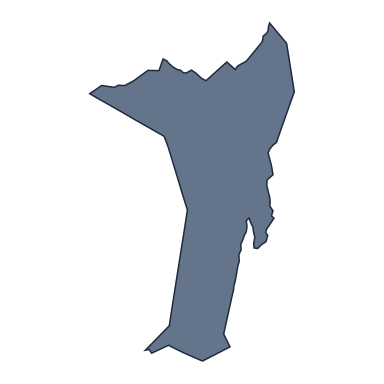 Vitória de Santo Antão, Pernambuco, Brazil (Equal Earth projection)
{"feature_id": "56859067B48091905918616", "entity_name": "Vitória de Santo Antão", "entity_type": "district", "adm_level": 2, "iso_a3": "BRA", "parent_name": "Brazil", "parent_adm1": "Pernambuco", "projection": "equal_earth", "projection_center": [-35.284, -8.165], "detail": "fine", "context": "isolated", "style": "filled", "palette": "slate", "viewbox_px": 384, "rotation_deg": 0, "n_neighbors": 0, "source": "geoboundaries", "source_scale": "gbopen_adm2", "svg_char_len": 1448}
<svg xmlns="http://www.w3.org/2000/svg" viewBox="0 0 384 384"><path d="M274.0,218.3L271.5,215.9L273.0,210.9L269.7,205.9L270.2,201.8L269.6,196.9L268.1,191.1L266.8,185.4L267.1,179.9L270.2,177.2L273.0,174.7L271.5,165.9L269.1,156.6L268.1,152.9L269.9,148.9L273.0,145.2L276.5,142.4L278.0,138.0L280.4,131.0L294.3,91.8L293.0,83.7L289.5,61.4L286.6,43.3L269.6,23.0L268.4,26.9L268.1,30.7L266.2,33.7L263.3,35.9L262.3,41.7L246.3,61.2L237.6,66.0L235.2,69.5L226.8,62.0L206.0,80.7L201.4,78.2L198.2,75.2L196.0,73.2L191.5,70.1L186.4,72.9L183.4,72.8L180.3,70.1L177.1,69.5L172.4,66.6L168.9,63.4L166.7,60.7L163.1,59.0L161.8,62.5L159.0,70.6L147.9,70.4L144.1,73.2L133.5,80.9L124.6,85.6L118.4,85.2L114.4,87.3L101.7,85.5L89.7,93.7L96.3,97.6L119.4,110.7L126.9,115.0L135.6,120.1L146.0,126.0L148.3,127.3L154.4,130.8L164.1,136.3L168.0,146.5L171.9,159.2L179.4,184.0L181.6,191.5L187.4,210.0L183.9,232.7L181.7,246.3L172.3,306.1L169.3,325.7L145.4,350.2L149.2,349.5L151.6,353.2L168.5,345.3L182.7,352.4L200.0,360.0L202.6,361.0L210.1,357.1L230.0,346.9L223.7,334.0L232.7,293.2L233.6,289.7L233.9,285.7L235.0,282.1L236.0,277.0L237.1,270.3L238.0,265.5L239.2,261.4L238.9,254.5L241.1,249.9L240.8,244.1L242.8,239.9L244.5,234.9L246.3,231.7L247.0,226.2L246.3,220.7L249.0,218.1L250.9,223.0L253.0,227.5L253.5,231.7L254.8,237.6L253.7,243.2L254.0,247.9L257.6,248.5L261.7,244.5L266.0,241.7L267.7,235.4L265.6,232.3L266.9,228.7L274.0,218.3Z" fill="#64748b" stroke="#1e293b" stroke-width="1.5"/></svg>